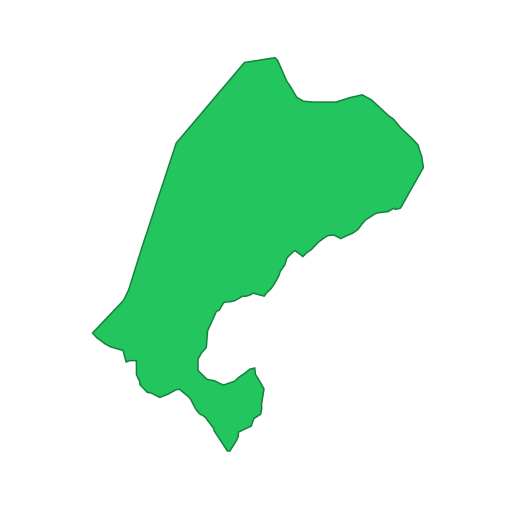 the district of Karu, Nassarawa, Nigeria, rotated 19°
{"feature_id": "59680162B13670821264537", "entity_name": "Karu", "entity_type": "district", "adm_level": 2, "iso_a3": "NGA", "parent_name": "Nigeria", "parent_adm1": "Nassarawa", "projection": "natural_earth1", "projection_center": [7.844, 8.986], "detail": "fine", "context": "isolated", "style": "filled", "palette": "green", "viewbox_px": 512, "rotation_deg": 19, "n_neighbors": 0, "source": "geoboundaries", "source_scale": "gbopen_adm2", "svg_char_len": 2118}
<svg xmlns="http://www.w3.org/2000/svg" viewBox="0 0 512 512"><g transform="rotate(19 256 256)"><path d="M126.5,382.0L131.9,385.0L141.5,388.1L148.4,389.3L161.1,388.6L167.7,398.5L170.2,396.3L174.9,394.5L177.1,394.2L181.5,406.9L187.1,412.9L188.2,415.5L197.8,420.4L201.3,419.6L211.0,421.1L218.0,415.1L223.9,408.6L227.0,406.9L238.3,411.2L241.2,413.1L248.4,420.0L252.0,422.5L255.0,423.9L257.2,424.0L260.9,425.1L262.8,426.6L272.6,433.1L273.1,434.7L292.4,449.7L294.8,448.9L297.6,436.9L298.0,432.0L296.7,428.3L306.9,418.3L306.8,410.6L311.9,404.1L311.1,398.3L309.5,394.3L307.6,383.4L306.8,379.0L300.1,373.1L294.0,368.1L291.3,362.3L287.1,364.9L282.9,371.4L279.5,375.9L276.5,381.4L267.1,388.7L257.4,387.5L249.8,388.6L238.5,383.1L234.6,372.1L234.8,371.9L236.0,365.6L238.8,358.6L234.6,342.5L236.6,321.2L238.9,319.3L239.8,314.3L240.7,310.7L241.5,309.9L243.5,308.8L246.2,307.9L247.9,306.6L250.1,305.5L256.4,298.4L259.8,297.2L263.3,294.6L265.3,292.1L276.8,291.3L278.2,286.9L279.1,285.5L281.1,281.3L282.6,275.8L283.2,272.6L284.1,266.3L283.9,262.7L286.1,255.3L285.9,248.1L287.1,245.1L290.0,239.6L291.1,238.2L291.9,238.4L293.7,239.1L296.9,240.0L299.2,240.8L300.5,241.3L301.3,239.7L302.5,237.0L304.6,234.1L306.1,232.1L308.6,226.7L310.3,222.9L311.4,221.3L314.5,216.8L315.9,215.0L317.3,213.3L322.9,210.8L326.8,211.4L330.5,212.0L332.8,209.6L335.8,206.6L340.0,203.0L343.8,197.6L344.9,194.2L345.8,191.2L346.4,189.8L348.0,186.0L351.3,181.9L352.6,180.2L354.7,177.5L355.7,176.7L357.0,175.6L366.3,171.1L370.9,165.9L372.0,166.4L372.5,166.6L374.8,165.3L376.9,163.8L377.6,160.8L381.3,140.6L385.5,117.9L383.7,114.5L381.2,109.7L381.1,109.1L378.6,105.8L372.8,98.1L364.7,93.9L350.5,87.4L343.2,82.9L342.1,82.2L341.6,81.9L335.4,80.1L314.4,70.8L304.0,69.0L293.5,75.5L281.4,84.5L259.2,92.1L250.3,94.2L242.8,92.6L231.7,83.2L228.7,81.2L222.8,74.9L212.9,64.1L209.4,62.3L182.1,76.8L168.7,111.1L150.9,157.0L143.8,175.2L144.0,191.1L144.3,211.1L144.4,215.0L144.5,230.8L144.7,240.4L145.2,268.8L145.2,274.9L145.4,287.9L145.5,290.5L146.6,329.0L146.1,333.2L145.8,336.2L145.2,341.1L132.4,369.1L126.5,382.0Z" fill="#22c55e" stroke="#15803d" stroke-width="1.5"/></g></svg>